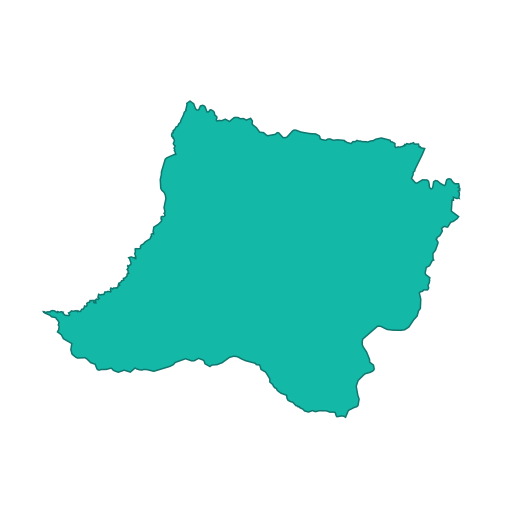 Mae Rim, Chiang Mai, Thailand, rotated 294°
{"feature_id": "78962969B91444782882973", "entity_name": "Mae Rim", "entity_type": "district", "adm_level": 2, "iso_a3": "THA", "parent_name": "Thailand", "parent_adm1": "Chiang Mai", "projection": "albers", "projection_center": [98.889, 18.954], "detail": "fine", "context": "isolated", "style": "filled", "palette": "teal", "viewbox_px": 512, "rotation_deg": 294, "n_neighbors": 0, "source": "geoboundaries", "source_scale": "gbopen_adm2", "svg_char_len": 6134}
<svg xmlns="http://www.w3.org/2000/svg" viewBox="0 0 512 512"><g transform="rotate(294 256 256)"><path d="M247.1,418.7L249.1,421.8L253.2,424.5L261.4,425.9L266.7,427.6L272.0,426.8L274.9,427.5L283.5,424.1L288.7,420.2L289.9,420.6L291.6,422.5L293.2,423.0L294.8,426.5L296.3,426.8L297.3,426.6L299.1,425.0L301.8,425.2L304.5,424.5L305.2,423.9L306.8,423.7L308.1,418.5L309.4,417.4L314.8,416.2L317.8,418.5L323.5,418.9L324.6,420.0L325.6,418.8L330.3,416.6L334.3,417.6L341.8,417.0L342.8,416.5L344.6,413.7L345.4,414.2L346.5,413.8L349.4,415.6L354.1,416.1L355.0,415.8L356.6,414.3L358.9,415.4L359.8,416.4L360.1,418.9L360.6,419.4L366.0,420.1L367.9,422.2L371.9,424.5L374.4,425.1L376.4,416.2L386.7,412.4L387.2,413.7L390.0,412.4L390.2,416.2L391.4,417.5L391.4,418.1L392.3,417.3L394.1,417.1L396.6,415.9L397.5,414.4L398.3,414.5L398.6,415.5L400.7,414.7L400.9,412.8L402.1,413.4L404.4,411.7L402.9,408.4L403.7,405.5L405.4,402.8L405.1,401.0L404.2,399.8L403.0,399.2L398.1,400.0L396.9,399.5L397.3,394.8L398.4,391.2L397.9,389.2L396.0,388.1L390.9,389.5L389.3,389.4L388.5,388.8L388.6,387.7L389.9,386.1L392.0,385.1L394.5,383.1L395.0,381.3L393.3,377.1L388.0,373.4L387.7,371.8L390.1,366.5L393.9,366.5L396.4,365.6L398.1,366.4L400.1,366.0L416.2,366.6L422.8,366.4L421.9,362.9L422.6,361.4L422.0,360.8L424.3,358.9L422.6,355.1L423.6,353.9L421.7,351.9L421.5,351.2L420.5,350.7L420.0,348.0L419.0,347.9L418.4,346.5L417.1,347.0L417.0,346.1L415.5,345.2L414.9,344.1L413.9,343.5L413.6,341.6L411.9,339.7L412.6,338.3L415.3,337.2L415.6,334.1L415.2,332.6L416.3,331.4L414.8,322.5L411.4,317.9L409.0,316.1L407.6,313.8L405.3,311.5L405.4,310.6L403.6,306.2L403.4,304.2L402.8,303.6L402.7,301.2L400.9,300.3L399.9,298.0L397.4,297.2L396.7,292.7L397.2,291.1L396.8,290.6L397.5,289.6L395.3,283.2L393.1,279.4L393.1,276.1L392.0,274.0L390.0,272.6L389.2,269.0L389.2,266.9L390.9,265.8L391.5,264.8L391.8,261.0L389.7,255.3L387.5,246.6L387.2,241.2L386.5,239.5L385.1,238.5L377.4,236.0L375.9,234.5L375.2,232.4L377.7,226.8L377.6,225.7L377.0,225.0L375.1,224.3L370.7,217.9L370.6,216.6L371.8,212.7L370.6,209.0L373.4,204.1L374.6,199.4L375.4,198.6L377.9,197.8L379.6,195.1L376.2,191.8L376.5,188.8L375.0,185.7L375.2,183.3L374.1,180.5L373.3,179.6L368.1,177.0L368.5,172.3L365.6,169.6L364.9,167.2L363.4,165.6L364.1,164.3L366.3,164.1L367.3,163.5L368.1,160.9L370.2,159.5L370.9,158.4L371.3,156.1L371.0,154.7L368.3,154.0L367.7,152.6L371.5,148.9L372.0,147.8L372.0,146.0L370.5,144.2L366.5,144.2L365.7,143.7L365.3,142.7L366.0,140.7L369.7,137.2L370.7,132.7L367.3,130.7L365.9,131.5L361.0,132.4L360.7,133.0L358.1,132.0L355.2,132.4L349.4,132.2L347.4,132.6L345.4,131.7L342.6,131.7L341.4,130.5L337.9,130.2L337.5,129.6L336.4,129.3L335.9,130.0L334.9,130.2L334.4,129.4L332.6,129.5L330.9,130.5L330.8,132.1L330.0,132.1L329.7,133.2L328.2,134.6L325.1,134.7L324.3,135.5L323.6,137.5L321.2,137.2L320.3,138.5L319.0,138.5L318.6,139.4L316.2,141.4L315.6,140.2L309.6,134.7L307.5,133.7L294.4,135.4L291.7,136.5L287.0,137.4L279.2,141.4L277.8,143.1L276.7,146.2L275.0,148.2L271.9,150.3L262.7,152.3L260.1,154.4L258.7,155.0L257.6,154.6L257.0,155.7L256.1,156.4L254.7,155.9L254.0,154.7L254.1,154.2L253.3,153.5L251.7,153.9L251.3,154.9L250.8,154.6L250.3,155.2L249.1,155.4L245.3,153.9L240.8,150.9L236.3,152.1L236.1,152.7L234.5,153.4L234.5,152.4L233.3,151.5L231.2,152.6L230.5,152.0L228.8,152.4L224.0,149.1L221.1,148.2L219.3,146.7L217.6,146.5L216.7,147.2L215.8,147.2L214.6,145.4L213.9,143.3L213.2,142.7L211.1,144.0L208.8,144.3L206.5,146.4L204.7,147.2L204.5,146.5L205.2,146.1L205.2,145.6L204.6,144.7L204.4,142.4L202.7,140.4L202.0,141.7L198.7,144.7L197.0,145.1L196.5,144.4L194.8,143.8L195.1,142.8L194.7,142.7L193.4,144.2L191.2,143.7L190.6,145.1L188.8,145.9L188.4,146.7L187.1,145.6L185.1,146.3L182.6,145.2L181.6,144.0L180.2,145.0L178.7,143.3L177.1,143.2L175.2,141.7L173.2,142.1L173.4,142.7L174.3,142.9L173.9,143.4L172.5,142.5L170.2,142.1L170.2,141.2L169.4,140.4L168.9,138.9L167.6,138.4L167.7,136.5L166.2,136.5L164.5,137.9L164.0,137.6L163.4,135.0L162.6,134.5L161.7,132.6L159.0,132.7L158.0,130.6L157.1,129.9L157.0,127.8L154.0,128.4L153.6,130.0L152.1,129.4L152.0,128.1L151.3,127.5L149.7,127.6L148.1,128.8L147.4,127.2L147.6,126.7L149.6,126.3L147.8,122.5L146.1,122.8L145.3,121.5L143.9,120.7L142.3,121.7L140.9,121.5L140.6,119.7L139.0,120.0L137.1,119.7L136.5,118.5L134.0,118.2L133.4,117.3L133.5,115.6L132.6,115.6L132.9,113.9L131.1,111.4L130.8,109.7L129.2,109.2L127.7,107.9L126.4,109.7L125.4,109.3L124.2,105.6L125.4,102.5L126.2,102.7L125.9,100.7L124.7,99.4L124.6,97.4L123.5,97.5L123.9,94.2L123.2,91.9L121.9,90.7L121.1,90.6L120.4,88.7L118.6,86.2L119.0,85.4L118.7,84.4L118.2,85.0L118.0,87.2L118.1,91.7L117.3,94.2L118.3,98.2L117.4,99.1L116.7,100.9L115.2,103.1L112.6,103.4L111.6,104.8L108.6,105.7L105.9,105.5L104.9,110.2L102.1,113.7L101.1,123.4L95.2,124.9L91.5,127.9L90.2,132.6L90.2,134.5L93.5,141.1L93.2,143.4L91.3,148.4L91.7,153.1L88.2,156.6L87.7,157.8L87.9,159.0L89.4,160.9L91.4,165.2L94.5,169.1L94.6,170.2L93.9,171.1L93.5,173.1L93.8,177.5L98.1,182.0L98.8,188.4L104.5,191.1L104.3,193.2L104.8,196.5L105.6,198.4L106.7,199.6L107.9,202.7L109.1,209.5L120.1,222.2L123.2,224.7L125.9,225.5L133.5,233.4L134.0,239.6L134.6,241.1L135.3,242.3L139.1,245.1L139.2,246.1L139.4,250.2L138.8,251.5L136.8,253.2L136.3,258.9L138.4,260.0L140.9,264.6L144.8,268.5L152.6,273.0L155.2,276.2L156.1,278.5L156.5,280.9L156.1,284.0L156.1,288.9L157.7,298.9L156.9,300.5L157.9,303.7L154.4,306.8L153.9,311.9L153.2,313.1L149.4,318.6L146.5,319.9L145.4,323.6L144.2,324.8L143.3,326.6L143.3,328.5L141.8,330.2L140.8,334.7L141.2,340.6L138.5,342.3L137.2,344.0L137.0,346.7L137.4,349.1L135.5,353.4L135.9,354.4L135.3,355.9L136.0,356.9L135.2,357.9L135.2,361.1L134.2,363.3L134.8,367.4L137.7,370.4L138.0,373.7L140.3,376.5L143.2,383.3L143.4,387.0L144.9,390.2L145.2,392.1L142.6,394.3L142.1,395.3L144.6,399.1L145.4,401.4L145.1,403.4L152.1,403.2L153.0,403.6L158.0,407.7L159.1,409.2L160.8,410.0L167.2,408.4L170.1,405.7L177.8,400.5L183.8,399.9L191.3,402.8L193.0,403.8L196.0,407.5L198.0,409.2L199.4,409.9L200.9,409.9L204.1,407.7L205.2,403.1L207.7,401.8L213.3,396.0L216.6,390.8L218.3,389.1L221.2,387.8L223.5,387.3L241.3,395.6L242.5,398.5L242.2,405.6L243.9,411.1L247.1,418.7Z" fill="#14b8a6" stroke="#0f766e" stroke-width="1.5"/></g></svg>